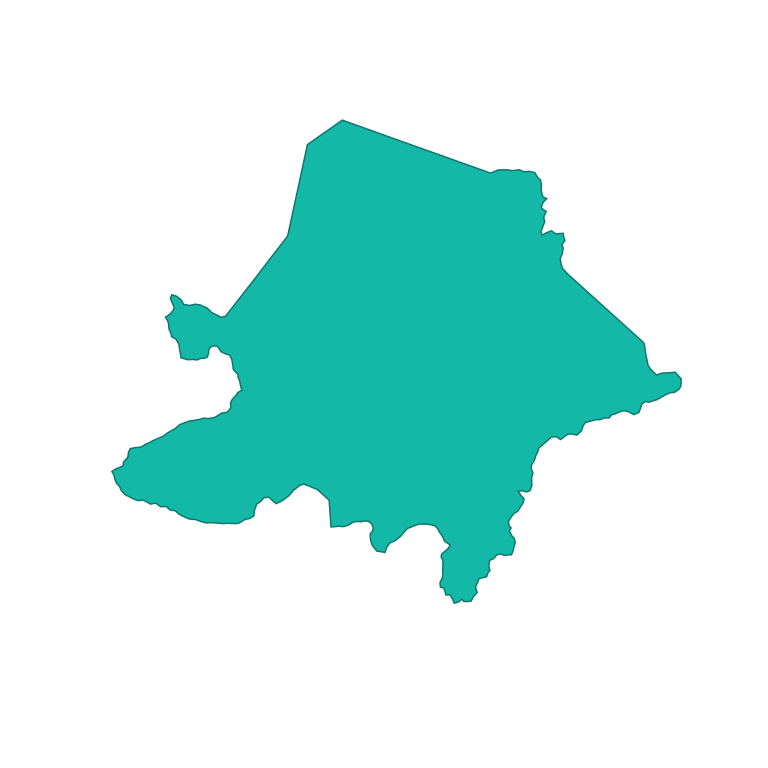 outline of Palmeiras de Goiás, Goiás, Brazil, rotated 43°
{"feature_id": "56859067B28073231696854", "entity_name": "Palmeiras de Goiás", "entity_type": "district", "adm_level": 2, "iso_a3": "BRA", "parent_name": "Brazil", "parent_adm1": "Goiás", "projection": "mercator", "projection_center": [-49.907, -16.837], "detail": "fine", "context": "isolated", "style": "filled", "palette": "teal", "viewbox_px": 768, "rotation_deg": 43, "n_neighbors": 0, "source": "geoboundaries", "source_scale": "gbopen_adm2", "svg_char_len": 4166}
<svg xmlns="http://www.w3.org/2000/svg" viewBox="0 0 768 768"><g transform="rotate(43 384 384)"><path d="M594.0,210.0L595.6,205.3L597.3,199.6L599.6,194.7L602.1,192.1L603.3,186.7L602.6,183.1L597.9,177.6L593.2,177.2L588.8,176.9L584.4,181.9L580.0,186.2L577.1,191.5L571.6,191.5L567.7,191.1L564.4,190.3L553.7,182.6L549.8,179.3L545.8,176.7L443.2,178.3L435.7,177.7L431.2,175.1L427.0,171.7L425.8,167.5L422.2,162.2L419.2,161.0L418.3,155.5L415.6,154.2L412.3,151.6L407.2,157.1L402.0,157.7L399.5,163.1L398.0,167.4L394.9,165.7L390.9,155.8L387.0,153.1L385.0,147.3L378.7,148.0L376.4,142.3L376.7,137.6L372.2,138.7L366.5,134.8L363.4,131.0L359.3,128.1L355.1,128.1L350.2,126.5L345.4,129.3L341.4,133.5L336.8,135.0L332.4,140.4L327.9,143.4L321.5,149.6L318.2,157.1L212.6,202.7L173.5,219.5L164.7,261.1L212.6,341.4L215.8,376.0L217.6,393.8L219.0,409.9L221.9,442.7L219.6,446.1L209.6,449.2L202.8,449.1L195.5,451.6L191.4,454.5L188.3,459.1L183.2,462.4L178.5,460.8L172.4,461.3L168.0,463.4L169.4,467.2L178.5,471.1L179.6,474.3L179.9,478.8L178.6,484.2L183.2,485.5L186.3,487.6L188.9,490.2L193.9,492.5L196.6,494.3L200.7,493.0L206.8,494.7L210.0,497.4L214.1,500.4L217.7,503.3L224.0,500.0L227.7,496.2L230.8,494.0L232.4,490.4L235.2,487.6L236.4,484.9L234.9,481.4L232.4,478.3L232.1,475.2L233.3,472.4L236.1,470.1L239.6,470.6L242.7,471.6L248.0,469.8L251.2,468.1L255.9,469.8L260.8,473.5L263.5,475.9L267.0,476.5L270.4,476.4L272.7,478.6L276.6,480.4L279.8,482.7L284.3,485.7L282.9,489.9L283.5,493.4L283.5,498.7L284.4,502.0L288.2,505.9L288.6,511.5L285.1,516.1L284.0,520.3L283.0,523.9L280.8,526.8L279.0,529.3L275.4,531.9L273.2,535.7L270.1,539.9L267.0,543.7L264.4,548.8L262.4,552.8L261.5,560.0L260.4,562.9L259.0,567.7L258.3,572.2L255.6,578.6L253.5,583.4L252.4,587.0L250.7,590.7L249.3,595.9L245.5,600.2L242.5,604.3L243.7,608.3L246.2,611.5L246.8,614.5L246.6,618.7L249.0,621.7L247.5,625.5L245.5,629.9L244.7,633.6L248.4,634.7L251.3,636.6L256.0,639.1L259.9,639.1L264.8,641.2L269.8,641.5L273.2,640.6L279.1,638.9L283.7,637.0L286.8,633.4L289.7,632.3L295.1,631.1L298.2,626.8L304.3,626.1L308.4,622.0L313.3,622.1L317.9,619.0L322.8,619.0L326.2,618.0L329.6,617.1L333.7,615.5L338.8,611.5L344.0,609.4L349.1,606.6L352.0,603.4L355.0,601.0L361.4,595.9L364.7,592.5L371.2,586.8L373.1,584.0L374.5,578.3L377.3,574.2L378.9,569.4L375.6,565.1L372.8,558.7L373.9,554.3L373.7,549.2L376.8,545.3L383.4,545.3L386.8,545.0L389.1,539.1L390.6,530.7L390.3,523.2L391.5,515.9L393.2,512.2L398.0,510.1L407.2,506.6L423.1,506.4L442.8,524.7L448.0,518.8L451.3,516.2L453.6,512.8L455.0,509.2L455.6,506.1L457.8,503.1L461.3,500.2L463.2,497.4L466.1,495.1L469.9,494.6L473.8,496.1L475.9,499.2L476.1,503.0L479.5,506.4L484.0,509.4L486.9,510.3L492.8,511.1L496.1,508.7L499.6,506.6L497.3,501.3L496.7,496.2L499.1,490.9L500.0,483.6L499.7,478.1L499.7,473.6L503.0,466.8L504.9,462.9L509.1,458.9L511.5,456.8L514.7,454.7L518.0,453.0L521.6,453.1L525.8,454.6L528.6,455.2L531.7,455.9L535.5,457.7L542.2,456.6L543.1,460.5L542.2,469.3L544.0,471.7L547.1,472.7L550.4,476.0L554.0,480.4L556.8,482.9L558.5,485.3L560.5,491.2L563.8,494.1L566.8,492.4L569.6,493.8L573.2,496.1L576.1,493.2L580.8,494.6L584.9,496.4L587.3,492.2L587.7,488.2L590.7,488.6L593.5,486.1L595.8,483.3L594.5,478.9L594.3,472.9L589.4,470.1L588.0,466.0L586.2,461.5L588.5,458.0L590.5,455.1L588.8,451.2L588.7,448.1L585.2,446.1L581.6,441.1L583.3,436.8L583.1,431.9L585.5,428.4L588.5,427.6L591.3,424.5L593.7,421.8L592.1,417.8L590.0,414.3L588.1,410.3L584.2,408.0L580.6,407.8L576.0,405.9L575.2,402.6L572.1,402.3L568.8,399.7L567.7,394.3L567.4,389.8L568.6,385.7L567.6,380.8L566.9,376.4L564.7,372.4L559.9,372.1L555.0,370.8L558.4,367.4L561.9,365.7L563.5,362.5L561.5,357.6L558.5,354.6L555.9,351.9L553.5,347.3L548.9,345.3L547.1,342.4L546.0,337.1L543.8,332.7L542.5,328.2L540.9,325.5L541.3,321.8L541.6,318.7L542.2,313.5L542.5,308.8L546.0,305.0L551.0,304.2L551.8,299.8L552.7,295.1L555.6,292.4L559.9,289.8L560.4,283.8L558.2,279.0L557.5,275.1L559.4,271.7L561.3,268.9L563.0,266.0L566.6,262.3L568.5,258.3L571.8,255.3L571.4,251.4L573.3,248.5L574.6,245.4L576.3,241.7L578.6,239.2L582.1,237.4L587.5,236.1L589.8,231.2L588.3,227.0L586.3,222.9L587.1,218.5L590.1,216.9L592.2,212.6L594.0,210.0Z" fill="#14b8a6" stroke="#0f766e" stroke-width="1.5"/></g></svg>